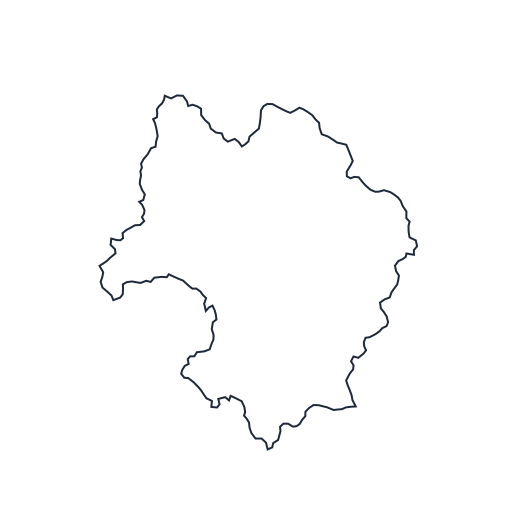 Jundiaí, São Paulo, Brazil, rotated 131°
{"feature_id": "56859067B11447727870943", "entity_name": "Jundiaí", "entity_type": "district", "adm_level": 2, "iso_a3": "BRA", "parent_name": "Brazil", "parent_adm1": "São Paulo", "projection": "robinson", "projection_center": [-46.901, -23.201], "detail": "fine", "context": "isolated", "style": "outline", "palette": "slate", "viewbox_px": 512, "rotation_deg": 131, "n_neighbors": 0, "source": "geoboundaries", "source_scale": "gbopen_adm2", "svg_char_len": 3433}
<svg xmlns="http://www.w3.org/2000/svg" viewBox="0 0 512 512"><g transform="rotate(131 256 256)"><path d="M194.9,430.0L198.5,427.9L202.5,427.0L206.7,427.5L210.4,427.0L213.3,424.0L216.3,421.8L220.2,423.4L222.0,419.4L225.4,414.5L230.1,408.8L235.1,406.5L239.4,403.5L243.4,405.9L250.5,404.5L256.8,404.4L261.8,403.3L264.1,400.1L267.8,398.9L270.8,395.5L274.2,393.6L277.7,391.2L280.8,385.6L282.4,380.4L287.8,377.8L291.7,379.7L292.1,375.4L294.5,370.3L297.4,368.3L301.5,367.6L303.0,363.3L308.6,363.8L312.2,367.5L316.8,369.1L321.4,370.9L326.3,371.7L329.8,368.0L333.1,368.7L335.4,371.7L337.8,376.7L343.0,373.0L343.4,366.8L346.2,363.8L349.9,364.4L353.6,365.0L357.7,365.3L361.2,366.2L366.1,367.6L368.5,360.7L372.3,358.4L377.4,356.3L380.5,351.3L380.5,345.4L380.6,339.2L382.9,334.7L376.5,331.2L372.3,331.5L368.0,334.8L364.7,337.9L360.4,336.3L356.4,332.7L354.6,329.5L352.0,325.4L346.7,322.6L344.7,318.5L339.1,318.5L333.8,313.7L330.5,309.4L327.0,309.8L325.7,305.1L324.2,300.1L322.4,294.9L322.6,287.0L322.4,282.6L319.8,279.8L319.3,274.7L320.3,270.5L320.5,266.0L325.9,263.9L330.4,257.8L325.9,257.8L322.0,256.3L324.1,251.6L326.7,247.7L329.9,244.2L334.3,245.1L340.2,241.4L343.4,236.2L347.0,233.3L351.5,231.9L356.8,229.7L361.8,232.4L367.4,237.5L372.1,236.7L375.0,239.9L378.6,239.9L381.7,236.0L385.7,237.7L390.3,236.9L394.0,235.2L394.9,230.2L392.6,227.2L392.2,220.5L392.7,213.7L393.5,209.0L394.6,205.2L395.9,200.0L394.3,194.2L399.2,190.7L395.9,186.0L391.9,186.2L388.6,190.7L382.7,186.6L382.7,181.6L378.2,183.4L376.9,179.1L375.0,171.5L377.7,165.6L380.9,161.8L384.3,160.3L384.9,156.4L386.2,152.1L389.8,148.2L392.6,143.4L394.1,136.6L390.1,132.0L390.3,126.1L394.3,120.3L389.8,118.2L385.9,120.3L380.4,118.6L376.1,120.7L372.3,122.5L369.1,125.8L364.5,125.3L361.5,121.7L360.5,116.0L357.6,113.7L354.2,112.8L349.4,113.7L344.5,113.7L341.2,116.5L335.7,116.2L330.7,114.8L327.5,110.8L325.6,107.0L323.7,103.5L321.3,96.4L317.8,93.2L315.1,90.6L311.4,88.9L307.3,85.3L304.1,82.0L301.5,88.6L298.3,92.6L295.6,97.5L293.4,102.0L290.8,106.3L286.4,107.4L282.6,108.2L277.9,108.3L274.5,110.7L273.1,115.2L267.9,116.5L265.7,112.0L258.9,110.8L254.9,111.1L253.3,114.9L250.4,118.0L245.9,119.7L242.8,117.0L236.2,114.4L231.1,113.3L227.7,113.4L223.2,111.5L219.4,112.8L215.9,117.7L214.4,122.7L213.7,127.3L209.8,131.8L204.4,130.5L199.5,127.9L194.9,129.8L190.8,130.3L185.0,130.7L181.1,132.7L177.0,135.3L175.5,140.4L172.1,144.8L166.4,145.2L162.1,143.3L158.4,142.4L155.4,144.1L151.5,137.6L148.0,140.7L143.0,140.8L139.4,145.6L141.2,152.3L137.7,156.6L133.2,160.7L129.3,162.6L128.8,167.4L123.7,171.7L122.1,178.0L119.5,183.0L118.7,187.3L119.0,192.1L119.7,196.6L122.4,202.6L126.7,205.4L129.2,208.0L130.9,213.0L130.9,219.4L130.3,224.4L129.2,230.1L131.8,233.7L135.3,235.6L136.2,239.7L132.9,242.8L128.8,243.6L125.1,244.2L120.8,245.3L118.0,250.7L115.4,255.7L112.8,260.8L115.3,265.8L117.2,269.2L117.7,274.0L118.6,280.1L121.0,286.3L117.7,291.9L114.1,295.8L113.9,300.6L112.8,305.9L113.5,312.4L114.3,316.8L115.6,320.5L120.6,322.1L125.5,324.1L126.8,327.8L128.0,332.2L129.4,337.9L130.5,343.1L133.8,347.2L137.9,348.6L142.8,347.8L148.1,343.7L153.1,340.3L158.0,337.4L163.8,338.3L170.1,339.2L174.4,336.9L178.7,337.4L182.6,338.5L181.3,343.9L181.6,348.9L188.2,352.3L188.5,357.5L185.9,362.2L189.1,367.3L189.5,373.7L186.9,378.2L186.9,383.6L185.6,389.9L180.9,394.0L181.6,398.5L183.4,403.0L187.3,405.6L184.6,409.5L183.0,416.2L186.7,421.0L192.8,423.5L194.9,430.0Z" fill="none" stroke="#1e293b" stroke-width="2"/></g></svg>